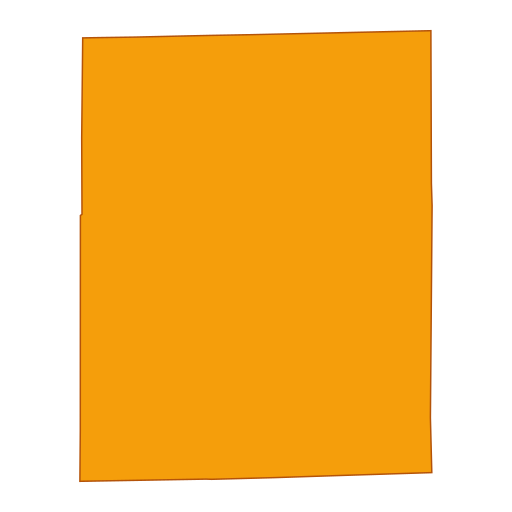 Johnson, Indiana, United States of America (Albers equal-area conic projection)
{"feature_id": "52423323B4886498471892", "entity_name": "Johnson", "entity_type": "district", "adm_level": 2, "iso_a3": "USA", "parent_name": "United States of America", "parent_adm1": "Indiana", "projection": "albers", "projection_center": [-86.118, 39.49], "detail": "fine", "context": "isolated", "style": "filled", "palette": "amber", "viewbox_px": 512, "rotation_deg": 0, "n_neighbors": 0, "source": "geoboundaries", "source_scale": "gbopen_adm2", "svg_char_len": 371}
<svg xmlns="http://www.w3.org/2000/svg" viewBox="0 0 512 512"><path d="M431.8,472.6L430.4,417.7L432.1,205.7L431.4,183.3L430.9,30.7L244.8,34.8L211.5,35.4L183.4,36.0L134.6,37.1L100.0,37.6L82.7,37.9L81.7,137.7L82.0,214.3L80.4,215.5L80.3,431.0L79.9,481.3L206.0,479.1L211.6,479.3L275.0,477.6L342.9,475.4L431.8,472.6Z" fill="#f59e0b" stroke="#b45309" stroke-width="1.5"/></svg>